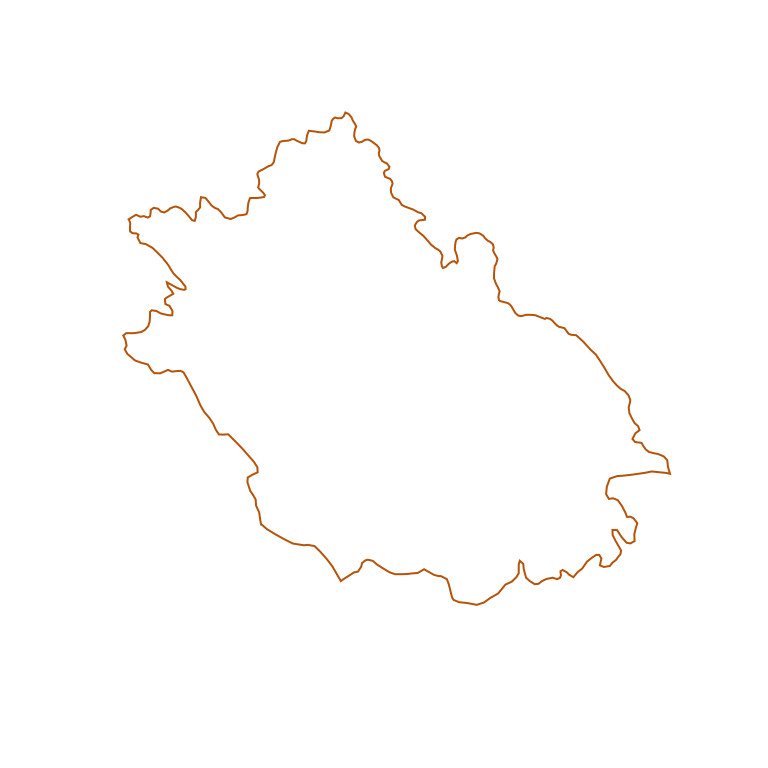 Pyetrykaw, Gomel, Belarus, rotated 240°
{"feature_id": "67162791B78152292733501", "entity_name": "Pyetrykaw", "entity_type": "district", "adm_level": 2, "iso_a3": "BLR", "parent_name": "Belarus", "parent_adm1": "Gomel", "projection": "equal_earth", "projection_center": [28.643, 52.294], "detail": "fine", "context": "isolated", "style": "outline", "palette": "amber", "viewbox_px": 768, "rotation_deg": 240, "n_neighbors": 0, "source": "geoboundaries", "source_scale": "gbopen_adm2", "svg_char_len": 5830}
<svg xmlns="http://www.w3.org/2000/svg" viewBox="0 0 768 768"><g transform="rotate(240 384 384)"><path d="M342.2,568.2L343.2,567.1L346.0,564.2L347.9,563.2L351.0,562.3L354.7,561.5L357.2,560.5L359.9,557.8L359.9,555.9L364.8,551.9L367.7,549.6L369.6,547.1L371.2,544.5L372.9,541.7L373.5,539.1L374.3,536.4L376.4,534.3L379.9,533.2L383.2,533.2L387.8,533.2L390.0,532.7L392.3,531.6L394.0,529.8L396.0,527.9L397.5,526.2L399.1,525.5L402.2,526.6L404.5,528.6L406.5,530.5L411.1,531.0L414.8,531.1L420.6,532.1L425.5,535.1L430.7,538.8L432.1,541.3L435.4,544.7L437.9,545.0L442.0,544.9L445.3,545.3L447.4,547.3L450.7,548.1L453.8,547.1L455.9,545.7L459.6,544.4L462.7,544.1L466.6,542.1L468.9,539.3L469.7,536.7L470.7,533.8L470.9,530.5L470.3,527.6L470.9,524.4L473.0,522.2L473.0,519.1L471.3,517.1L468.2,514.7L464.9,512.5L458.6,511.3L453.4,509.4L452.3,507.3L455.2,506.3L455.9,504.6L455.9,501.3L455.4,499.0L454.6,496.3L455.0,493.0L457.0,493.0L460.7,494.4L464.1,497.5L465.9,498.7L470.6,499.0L473.2,498.1L476.0,496.4L480.9,494.5L487.8,493.2L492.9,492.1L495.9,490.9L499.6,489.6L502.6,488.8L505.9,490.0L507.8,493.3L508.2,495.8L506.9,499.1L505.8,501.6L508.3,503.2L513.3,501.7L515.4,499.6L520.6,496.4L523.9,493.6L527.2,490.9L530.2,488.9L535.9,488.8L541.0,485.4L546.1,485.8L548.8,487.0L550.4,488.2L552.1,490.3L553.2,491.6L555.8,492.3L558.6,491.9L560.8,490.1L563.1,488.5L566.8,489.4L568.1,491.1L567.8,495.5L569.3,497.3L573.3,496.9L575.2,495.6L578.1,493.9L581.0,493.9L584.2,494.0L586.9,495.1L588.3,496.8L591.0,497.7L594.3,497.2L597.3,495.9L599.9,494.8L602.8,493.2L604.1,491.7L604.9,489.4L604.8,486.2L605.6,483.1L608.5,481.2L613.4,482.0L616.5,484.0L619.4,486.7L620.8,488.7L623.7,488.9L627.9,488.7L631.3,489.2L634.1,488.7L635.5,488.4L638.4,486.3L636.1,483.0L635.5,480.1L637.4,476.6L639.3,474.8L639.0,472.3L638.0,470.3L633.8,466.6L630.9,463.4L631.6,458.2L634.5,453.7L637.0,450.7L640.9,445.5L637.6,441.5L633.4,438.3L631.9,435.9L633.4,433.6L635.9,431.8L638.4,430.0L640.9,428.7L642.1,426.6L642.2,424.8L642.5,423.3L643.0,422.0L644.2,419.6L645.3,417.0L645.6,414.7L644.3,412.9L642.4,410.0L638.5,406.0L635.0,402.8L631.1,399.3L629.8,396.1L630.4,392.4L630.4,386.2L630.7,381.5L629.1,379.2L623.0,377.8L619.8,376.0L617.2,373.3L614.9,373.6L610.1,375.0L607.2,375.3L605.9,373.8L607.2,370.1L608.8,366.6L610.4,363.9L612.0,360.9L609.1,357.5L605.6,354.7L602.0,352.3L599.8,349.8L601.0,346.1L603.0,341.9L603.0,337.4L603.6,333.7L607.8,329.5L614.2,328.8L618.7,327.6L620.9,325.6L624.8,323.9L630.6,323.1L634.4,322.4L637.3,318.9L633.1,315.5L628.9,313.0L627.7,310.0L627.0,307.1L622.5,304.4L619.9,301.6L621.8,299.7L626.7,298.9L631.8,297.9L636.9,296.2L638.9,295.0L641.8,292.5L642.4,290.6L643.0,286.9L642.4,283.9L642.4,279.5L644.9,277.0L648.8,276.0L651.7,272.6L651.3,268.9L648.8,267.4L646.2,265.2L646.2,262.7L649.4,260.0L650.7,256.6L654.5,253.9L654.5,249.9L654.3,245.3L654.0,245.4L650.1,244.6L646.4,242.2L643.1,240.4L640.4,241.6L638.1,244.9L636.1,246.0L634.2,243.8L627.8,243.5L624.2,247.7L617.8,251.5L611.8,253.3L607.5,254.4L604.2,255.3L597.0,256.4L593.6,256.7L589.6,256.7L584.7,257.0L579.8,258.3L575.7,259.6L570.5,260.3L567.9,260.8L565.4,259.7L565.4,258.1L568.0,255.0L570.7,252.8L576.1,249.6L580.6,246.8L576.5,245.6L571.0,246.6L567.5,246.6L567.5,243.5L567.5,238.5L567.0,236.6L562.5,234.7L559.0,237.3L552.9,237.3L549.4,235.0L551.4,231.6L556.9,225.8L560.9,223.5L564.0,219.7L563.4,217.4L559.4,215.1L554.9,212.0L551.9,208.6L550.4,204.0L550.4,199.7L552.9,193.2L553.9,191.3L556.9,186.3L556.4,182.5L551.3,182.1L545.8,180.2L543.8,176.8L538.3,176.8L528.8,180.2L524.3,184.0L518.8,189.4L512.7,189.4L508.2,190.5L505.2,195.5L504.7,199.4L504.2,204.0L500.7,206.6L499.2,210.1L497.2,214.3L494.2,216.2L487.7,216.2L477.1,215.8L467.6,215.5L457.1,214.3L450.0,214.3L442.0,215.8L435.0,216.2L428.5,215.5L422.9,215.8L420.4,219.7L418.4,223.9L412.9,225.4L406.9,227.0L399.3,228.9L389.8,230.8L381.8,232.4L375.2,232.7L370.7,230.4L371.2,225.1L371.2,219.3L367.2,216.6L358.2,214.7L353.7,215.1L348.2,215.1L342.6,212.4L335.2,211.7L329.5,209.4L324.2,207.4L324.2,207.5L316.7,210.1L307.8,215.0L298.8,220.4L291.4,225.3L284.4,234.0L282.9,237.4L278.4,242.8L270.5,245.0L261.1,246.9L252.1,248.1L243.2,248.1L234.9,248.1L235.2,250.7L235.5,257.1L235.8,264.0L234.5,267.6L237.1,272.8L239.9,275.5L240.6,279.7L239.9,282.2L236.4,285.9L230.9,287.8L224.8,291.0L218.4,294.5L213.8,298.4L210.9,303.4L208.0,308.8L206.1,313.2L203.5,318.7L203.5,326.1L197.7,329.5L193.5,332.0L190.6,335.0L189.0,337.4L183.5,340.9L177.9,339.9L171.6,338.1L165.3,336.3L162.2,336.3L157.5,339.9L152.7,346.6L146.4,353.8L144.8,361.1L145.6,369.5L145.5,378.0L149.6,388.9L148.9,395.6L150.5,402.0L152.7,406.0L160.4,410.5L163.0,413.2L158.5,414.7L154.0,412.5L145.3,410.2L140.5,411.7L135.3,414.4L133.7,417.9L134.3,421.6L134.0,426.9L132.0,433.1L128.5,436.3L128.1,439.3L129.7,441.5L133.6,443.2L133.6,445.7L129.4,448.2L126.2,449.0L122.0,451.4L124.2,457.4L125.1,463.4L128.7,471.1L129.6,477.3L129.9,482.3L128.3,485.0L124.1,485.0L121.2,482.3L119.0,480.3L115.7,482.8L113.5,488.5L115.0,492.5L115.7,497.2L117.2,500.3L118.2,503.4L121.2,506.1L127.3,506.1L132.3,506.1L138.9,506.5L143.4,508.9L140.9,512.8L132.8,513.2L125.2,514.7L122.7,517.8L122.7,522.5L128.7,525.6L133.2,529.9L136.8,533.8L142.8,533.0L145.8,531.1L147.4,528.0L151.9,528.7L159.4,529.1L166.5,528.4L170.5,525.2L172.1,521.3L177.6,521.3L183.6,525.6L189.2,532.3L187.6,540.1L185.1,545.1L181.5,553.3L179.0,559.6L176.5,565.8L174.4,572.1L171.9,575.6L165.9,583.9L163.2,586.8L170.3,588.5L176.4,591.2L181.4,590.1L186.5,586.2L188.5,583.8L192.6,579.5L196.6,577.9L201.1,577.6L204.2,577.6L208.2,572.5L212.2,571.7L215.7,577.2L216.2,582.2L220.3,583.0L224.8,581.5L229.8,581.5L235.9,581.9L241.4,584.2L244.5,587.3L247.0,589.3L252.0,590.1L257.6,588.9L261.6,586.5L266.1,585.0L271.7,583.8L279.2,583.0L288.8,583.0L297.4,582.6L303.4,582.2L311.0,579.9L321.6,577.6L330.2,574.8L333.2,570.5L335.2,569.0L342.2,568.2Z" fill="none" stroke="#b45309" stroke-width="2"/></g></svg>